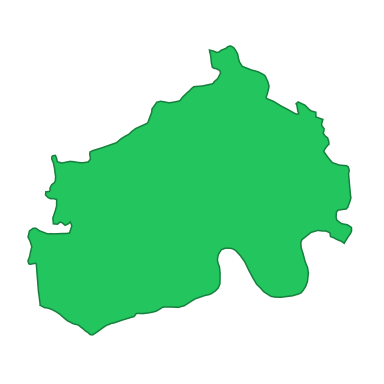 Al-Shuhada, Al Minufiyah, Egypt, rotated 273°
{"feature_id": "37247803B57305898539534", "entity_name": "Al-Shuhada", "entity_type": "district", "adm_level": 2, "iso_a3": "EGY", "parent_name": "Egypt", "parent_adm1": "Al Minufiyah", "projection": "mercator", "projection_center": [30.864, 30.601], "detail": "fine", "context": "isolated", "style": "filled", "palette": "green", "viewbox_px": 384, "rotation_deg": 273, "n_neighbors": 0, "source": "geoboundaries", "source_scale": "gbopen_adm2", "svg_char_len": 4479}
<svg xmlns="http://www.w3.org/2000/svg" viewBox="0 0 384 384"><g transform="rotate(273 192 192)"><path d="M334.7,202.0L332.4,202.4L331.5,202.9L328.1,203.7L322.4,204.5L317.6,205.8L316.6,207.7L316.5,209.6L315.0,212.9L314.0,213.8L312.1,214.2L309.8,213.2L306.5,211.7L303.3,208.3L302.5,208.0L301.9,207.8L301.0,206.3L299.3,200.1L298.4,196.8L297.6,190.6L297.2,188.2L295.4,186.2L293.1,184.3L291.2,182.3L286.6,177.9L282.4,175.0L281.6,172.1L280.7,168.8L279.9,164.5L281.0,156.0L279.8,152.1L276.5,150.1L274.2,148.6L272.8,147.7L269.5,147.6L261.5,145.0L259.1,144.4L258.2,143.5L252.4,132.4L249.8,129.3L249.0,128.4L246.4,126.0L244.1,122.2L241.4,118.3L237.2,113.9L235.5,109.6L231.5,100.0L228.4,91.4L227.7,90.0L226.6,88.0L224.2,87.9L222.3,88.4L219.4,88.8L216.6,86.8L215.4,81.1L215.5,78.3L215.5,77.3L216.1,72.0L216.2,68.7L215.4,65.4L214.1,60.6L215.2,55.9L218.5,55.0L221.4,53.7L221.0,51.3L220.1,50.3L217.7,50.2L213.9,52.0L212.1,52.5L209.1,53.3L204.3,54.2L200.5,55.0L195.7,54.9L193.9,53.9L192.0,51.5L188.3,49.9L186.8,50.4L185.0,49.4L184.6,46.0L181.3,45.9L178.8,48.7L177.8,51.6L178.2,53.5L177.6,56.3L177.6,57.2L170.9,57.5L166.2,56.5L158.7,54.4L152.9,55.2L152.8,59.4L154.2,60.9L155.1,61.9L154.6,63.8L152.1,67.0L153.9,70.4L155.8,71.9L153.4,73.2L151.5,73.7L147.7,72.6L145.3,72.1L144.4,71.6L144.4,70.6L144.0,68.7L143.7,64.0L142.9,55.9L143.0,53.0L142.6,50.1L145.3,41.7L147.7,37.9L147.4,35.1L146.1,33.6L144.6,31.7L138.5,30.6L134.6,32.8L128.8,34.9L124.6,34.0L120.3,33.4L118.3,33.0L114.7,31.8L111.8,32.7L111.3,34.1L112.5,38.9L112.5,39.9L111.6,40.3L108.7,40.7L102.5,41.5L84.4,43.9L80.5,44.7L71.4,46.3L71.0,46.2L70.9,46.2L70.9,46.3L70.8,46.6L68.8,50.7L68.8,51.0L68.6,53.9L67.9,56.4L67.3,58.2L65.6,62.0L63.1,66.3L59.0,71.4L57.5,73.5L56.6,74.9L55.5,77.6L54.3,80.0L54.1,81.2L53.9,82.0L53.5,84.4L52.8,86.1L51.9,87.2L51.3,88.0L49.8,90.3L47.5,93.1L46.0,95.8L44.4,97.5L44.1,99.3L44.2,100.4L47.1,104.4L52.4,110.9L54.7,114.1L55.6,116.7L56.2,117.2L57.1,120.7L58.0,123.0L60.5,129.2L61.3,131.4L61.5,132.0L63.2,136.6L63.9,138.7L64.6,140.7L67.8,142.8L67.8,143.0L67.9,144.3L68.0,149.2L68.1,150.0L69.2,155.9L70.3,160.1L71.3,162.8L74.0,166.9L75.1,168.1L75.7,170.3L76.1,178.3L76.1,184.7L77.3,187.8L77.8,189.9L80.1,193.2L80.5,193.7L82.5,196.5L85.0,200.1L85.6,201.0L88.3,207.8L88.8,208.9L89.6,211.3L90.5,214.6L91.8,217.1L94.8,220.9L97.7,223.3L101.9,224.7L112.6,224.3L118.8,223.3L121.8,221.9L125.7,220.9L130.3,221.4L132.0,222.2L133.3,222.8L133.6,223.0L133.8,223.1L134.0,223.2L136.0,224.4L137.7,228.5L137.8,233.4L137.5,234.9L137.2,236.1L135.7,238.8L131.0,243.6L130.9,243.7L130.7,243.9L128.6,245.5L125.1,248.3L116.5,253.0L114.6,254.2L108.8,257.6L108.2,258.1L107.9,258.3L103.2,261.4L100.5,264.5L100.4,264.6L100.3,264.8L96.2,268.8L94.1,272.4L92.0,276.2L91.4,280.1L91.4,280.7L91.5,283.1L91.5,286.1L92.2,289.9L93.6,297.8L95.6,303.4L97.0,306.2L99.7,308.2L103.5,310.4L108.8,312.0L114.3,312.3L117.0,312.5L122.7,311.3L125.4,310.0L129.0,308.4L136.3,306.1L141.8,304.0L147.2,303.3L150.1,304.2L152.2,306.6L154.8,309.5L157.8,312.8L159.0,316.2L160.2,319.6L160.0,322.6L159.9,324.8L160.0,325.6L160.0,327.7L159.1,330.3L158.3,332.0L158.1,332.0L157.2,332.1L156.3,332.3L154.8,332.6L154.4,333.6L153.8,335.8L153.7,336.0L152.3,338.8L151.9,340.0L151.6,340.7L150.5,343.9L148.7,346.7L150.0,347.3L151.3,348.0L153.2,349.0L154.1,349.5L155.1,350.0L158.8,352.4L161.6,353.4L164.9,353.1L166.4,350.7L167.4,348.9L168.1,343.7L168.6,342.3L171.5,338.1L174.4,337.2L179.6,337.3L181.5,338.8L182.7,344.5L183.1,346.9L185.0,348.4L186.9,348.9L189.7,349.9L193.1,350.7L194.4,351.0L196.3,350.6L201.3,349.8L214.7,347.9L218.2,347.4L222.0,347.9L225.4,346.6L226.4,344.7L226.6,337.6L228.7,330.6L231.1,328.3L233.6,326.0L239.4,321.4L241.8,322.4L245.5,324.9L246.9,326.3L249.7,325.9L253.1,324.6L254.1,323.2L255.1,321.8L257.5,320.0L259.8,320.5L262.2,320.6L263.7,319.2L265.0,318.2L267.0,317.9L268.9,318.4L271.3,318.9L273.4,311.9L278.1,311.5L279.2,306.8L280.7,304.5L284.6,300.3L287.5,293.3L285.6,291.3L284.7,291.8L284.2,292.2L278.0,293.5L276.5,294.4L275.6,294.4L275.2,292.5L276.2,289.7L277.2,287.8L280.2,281.7L281.8,277.9L285.3,271.4L286.8,268.6L288.3,264.4L289.1,262.1L289.4,261.5L290.3,261.1L294.6,262.2L300.2,263.3L302.1,263.3L306.0,262.0L310.0,259.9L311.3,259.3L312.7,257.9L315.3,252.3L316.3,248.5L316.9,245.2L318.5,240.5L320.0,235.7L324.4,232.6L328.2,231.3L332.1,230.4L333.5,229.5L336.4,227.7L338.4,225.9L339.4,224.0L339.9,222.6L339.0,220.2L337.2,218.2L335.8,215.3L334.9,213.4L333.1,211.5L332.7,209.1L333.7,206.7L334.7,202.0Z" fill="#22c55e" stroke="#15803d" stroke-width="1.5"/></g></svg>